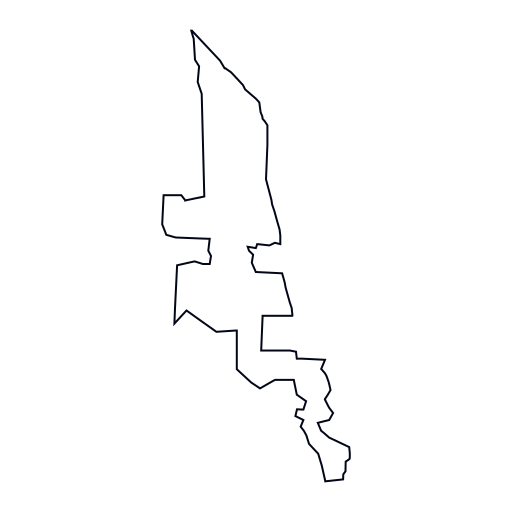 Wekilbazar, Mary, Turkmenistan (Natural Earth projection)
{"feature_id": "10190150B57236240934442", "entity_name": "Wekilbazar", "entity_type": "district", "adm_level": 2, "iso_a3": "TKM", "parent_name": "Turkmenistan", "parent_adm1": "Mary", "projection": "natural_earth1", "projection_center": [61.577, 38.453], "detail": "fine", "context": "isolated", "style": "outline", "palette": "ink", "viewbox_px": 512, "rotation_deg": 0, "n_neighbors": 0, "source": "geoboundaries", "source_scale": "gbopen_adm2", "svg_char_len": 1970}
<svg xmlns="http://www.w3.org/2000/svg" viewBox="0 0 512 512"><path d="M220.1,60.7L192.5,31.3L192.0,30.7L191.3,30.7L192.9,36.3L193.7,38.8L195.0,59.8L199.1,66.3L197.7,82.0L201.7,93.8L204.3,196.5L203.8,196.6L186.8,200.1L185.3,200.5L185.3,200.4L181.3,195.2L163.6,195.2L162.2,224.3L165.1,231.7L166.2,234.7L166.3,234.8L172.8,236.7L175.8,237.5L203.4,238.6L209.7,238.8L208.3,250.7L210.0,254.0L211.0,256.0L210.3,260.3L209.7,264.0L202.9,264.0L194.7,261.4L192.2,261.9L177.1,265.3L175.0,308.3L174.4,323.6L186.5,310.5L199.9,320.1L216.4,331.8L236.1,330.5L236.8,330.5L236.8,343.2L236.8,369.2L238.2,370.5L251.2,382.5L260.0,388.4L273.1,380.9L275.0,379.9L293.8,379.9L294.7,384.4L296.8,394.7L306.1,401.2L304.7,405.5L303.4,409.6L297.0,409.3L295.4,416.1L303.4,420.0L301.0,425.9L300.7,426.7L304.0,431.0L306.4,435.5L309.0,443.8L310.8,445.8L318.2,453.7L321.8,465.7L325.3,481.2L325.3,481.3L327.3,481.1L343.1,479.4L343.3,474.3L343.5,474.0L345.5,471.3L345.5,470.0L345.7,461.6L348.0,460.1L349.0,459.4L349.6,458.8L349.8,457.3L349.8,453.2L349.2,447.1L329.2,437.6L323.8,432.9L321.1,430.7L317.8,422.8L329.2,420.0L333.1,413.0L329.3,408.0L329.0,407.4L328.5,406.6L324.9,399.5L325.3,398.8L325.2,398.6L327.4,395.4L330.5,390.1L330.0,387.6L328.7,382.2L326.9,377.1L326.2,375.3L324.7,372.9L321.2,369.0L325.0,359.8L302.8,358.7L296.8,358.7L296.0,351.7L289.8,350.5L261.2,350.5L261.7,338.0L262.6,316.2L262.6,315.8L292.3,315.8L292.4,315.2L291.7,308.1L289.8,302.5L285.7,287.9L284.6,282.1L282.2,273.6L282.1,273.3L255.8,272.0L254.8,269.6L254.2,268.3L252.9,265.3L251.8,262.7L253.1,254.7L249.0,250.7L247.7,246.8L250.6,247.2L255.8,248.1L256.2,247.1L257.2,244.1L269.4,245.4L274.4,243.0L274.8,242.8L280.3,244.1L280.3,242.7L280.3,235.5L279.6,229.6L276.9,220.3L274.5,211.5L272.1,204.4L271.4,199.8L266.0,179.3L267.4,145.1L267.4,125.3L265.0,121.6L262.6,118.8L262.3,116.4L260.6,112.2L259.3,102.4L255.9,98.7L245.1,89.4L243.0,85.1L231.1,72.3L225.2,68.2L224.6,68.3L220.1,60.7Z" fill="none" stroke="#020617" stroke-width="2"/></svg>